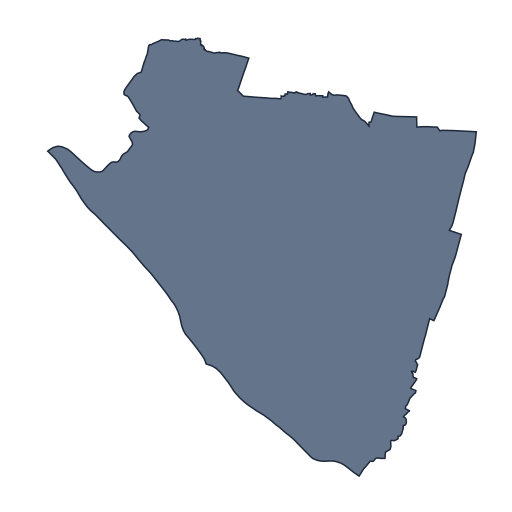 the district of Ke Sach, Sóc Trăng, Vietnam, rotated 183°
{"feature_id": "81297802B85563269288439", "entity_name": "Ke Sach", "entity_type": "district", "adm_level": 2, "iso_a3": "VNM", "parent_name": "Vietnam", "parent_adm1": "Sóc Trăng", "projection": "orthographic", "projection_center": [105.945, 9.824], "detail": "fine", "context": "isolated", "style": "filled", "palette": "slate", "viewbox_px": 512, "rotation_deg": 183, "n_neighbors": 0, "source": "geoboundaries", "source_scale": "gbopen_adm2", "svg_char_len": 5941}
<svg xmlns="http://www.w3.org/2000/svg" viewBox="0 0 512 512"><g transform="rotate(183 256 256)"><path d="M300.2,145.6L293.8,143.8L289.7,141.5L285.3,137.8L282.9,135.1L277.4,128.7L274.7,125.2L271.8,121.0L269.5,118.2L268.2,117.0L265.1,113.8L262.5,111.6L260.1,109.6L256.9,107.3L252.9,104.8L249.7,103.0L248.1,101.8L239.9,97.5L232.2,92.4L226.6,88.0L224.5,86.8L217.7,81.4L213.8,78.7L208.9,75.0L206.2,72.6L205.5,71.8L195.9,63.0L192.8,60.2L191.0,58.5L188.8,56.8L184.4,55.2L180.6,54.6L177.5,54.6L170.9,55.2L167.7,55.3L164.8,54.8L160.8,53.7L157.9,52.4L153.5,49.6L146.6,44.7L141.5,41.6L137.3,49.2L134.8,52.2L131.2,57.1L130.6,57.2L129.5,57.0L129.0,57.0L128.2,57.2L127.8,57.5L127.5,57.9L126.3,59.6L126.0,59.9L125.4,60.4L124.9,60.5L123.9,60.6L119.7,60.4L117.6,60.6L117.0,60.5L116.5,60.9L116.6,65.1L116.4,66.9L112.0,69.8L111.3,72.8L111.9,78.4L110.9,78.9L110.5,79.0L109.7,78.8L108.7,78.8L107.8,79.0L106.0,80.0L104.5,81.0L104.8,83.3L103.0,83.7L102.5,84.0L101.2,86.1L100.5,89.4L100.0,91.2L99.9,92.0L100.2,94.3L100.0,94.5L98.9,94.7L98.5,94.8L98.0,95.2L97.7,95.7L97.2,97.2L97.1,98.3L97.7,101.2L97.8,101.5L98.2,102.0L100.3,103.1L99.2,104.8L98.8,105.1L97.8,105.9L96.2,108.0L94.8,109.0L94.7,109.2L94.7,109.5L98.5,111.2L98.8,111.4L99.0,111.8L98.7,112.7L98.4,114.1L98.1,114.5L97.4,115.1L96.7,116.6L95.6,119.7L94.8,122.1L94.2,122.7L91.7,125.7L91.1,126.5L90.3,127.2L89.7,127.5L89.4,128.8L89.3,130.0L94.0,131.6L94.6,132.2L94.3,132.9L90.2,139.3L89.3,141.0L89.0,141.8L90.8,142.6L91.6,142.8L92.3,142.7L92.9,144.4L93.1,146.4L93.3,146.9L93.7,147.2L93.8,147.2L94.0,147.9L94.3,148.3L94.6,148.7L94.6,149.2L94.4,149.3L94.0,149.2L90.9,148.2L90.6,148.8L90.2,149.8L88.9,156.2L89.5,156.5L89.8,157.1L90.1,158.1L90.5,158.5L91.2,159.0L91.4,159.5L91.2,160.0L91.0,160.9L90.5,161.2L89.8,161.4L89.3,161.6L87.4,163.2L86.9,165.4L84.1,179.2L82.8,185.1L82.6,185.6L80.2,198.2L79.3,202.5L75.0,200.7L74.2,202.6L69.6,214.7L67.7,220.3L67.5,220.6L67.5,221.0L67.4,221.2L67.3,221.6L67.2,221.7L66.4,223.9L65.8,224.7L65.5,225.5L62.9,238.3L62.9,239.6L61.8,246.9L60.0,255.4L60.0,256.2L58.4,260.9L57.3,264.4L56.7,266.7L52.1,288.3L64.3,291.7L61.9,296.5L61.0,299.6L58.7,311.1L56.6,322.7L54.4,333.9L52.6,342.3L51.6,348.2L51.1,350.3L50.6,351.3L48.7,356.8L46.5,364.5L45.1,369.1L44.5,370.3L43.2,379.5L42.6,389.9L42.5,391.6L62.6,391.6L64.3,391.6L71.8,391.4L75.4,391.3L77.8,391.1L78.6,390.6L78.9,390.5L81.7,394.2L86.3,394.1L91.2,394.1L95.8,393.9L102.1,393.2L102.9,403.3L125.4,402.7L127.9,402.9L130.4,403.4L141.0,405.0L145.5,405.8L147.2,399.6L148.1,395.9L150.2,395.4L150.0,394.1L149.9,391.6L153.3,395.1L154.5,396.2L156.1,397.1L157.2,397.5L157.8,397.9L159.7,399.8L160.7,401.1L163.5,404.4L166.9,408.9L167.2,409.4L167.7,410.7L168.7,412.5L170.1,414.7L171.1,416.6L171.8,418.2L173.2,419.7L173.9,420.3L174.9,420.7L182.3,421.1L183.8,421.1L186.0,420.6L186.6,420.7L187.4,420.9L188.2,421.1L189.1,421.6L190.2,422.3L192.0,423.7L192.6,422.0L192.9,418.6L195.7,418.3L197.5,418.1L197.7,419.5L201.5,419.4L204.8,419.1L205.3,421.1L207.5,420.9L208.4,419.9L210.2,419.7L210.4,421.2L211.0,421.0L212.1,421.0L212.8,420.9L213.4,420.5L214.3,419.9L217.2,420.1L218.3,420.5L220.6,420.8L222.5,421.3L224.0,421.5L224.0,422.0L224.7,421.9L225.2,421.6L225.7,421.2L225.9,420.7L229.5,421.3L231.3,421.3L232.8,421.7L232.9,420.8L233.0,419.3L234.0,419.4L235.4,419.3L235.4,417.7L236.1,417.6L236.2,417.0L237.7,416.9L239.3,417.1L239.1,415.4L239.6,414.2L243.9,414.5L249.2,414.2L253.3,414.4L266.4,414.6L268.3,414.7L271.9,414.8L277.1,415.0L280.3,417.9L281.6,419.2L283.2,420.5L282.3,422.4L281.9,423.6L279.4,432.7L277.9,438.1L275.9,444.4L274.9,448.4L273.5,453.2L275.7,453.7L282.0,455.0L285.0,455.4L288.4,456.1L291.9,456.7L295.4,457.3L297.0,457.5L297.2,457.3L298.6,457.3L300.1,457.2L300.9,457.0L301.5,456.9L302.1,457.0L302.3,457.3L302.8,457.5L303.3,457.6L303.9,457.4L304.4,457.2L306.3,457.0L308.1,456.4L310.0,456.8L310.9,457.1L312.4,457.4L313.8,457.8L314.9,457.8L315.3,457.7L315.6,457.7L316.3,458.3L316.8,458.5L317.1,459.0L317.5,459.3L318.1,459.2L318.4,459.3L318.8,460.2L318.5,460.3L318.7,461.0L319.1,462.3L319.5,462.9L320.2,463.1L321.1,463.1L321.2,464.1L322.4,464.1L322.4,467.8L323.0,467.9L323.2,470.2L325.8,470.4L326.4,470.0L327.6,470.0L327.8,469.1L330.3,469.0L333.8,469.0L337.3,467.8L337.6,468.9L337.9,468.7L338.3,468.6L340.2,468.7L341.2,468.6L343.5,466.7L344.8,466.1L347.9,466.4L348.9,466.2L350.8,466.6L351.2,466.6L352.1,466.4L353.0,466.4L353.3,466.5L354.5,467.1L354.9,467.1L359.7,467.0L361.6,467.1L365.0,465.1L368.0,463.7L370.2,462.6L371.5,461.6L373.2,461.5L373.9,460.8L374.2,459.9L374.4,458.7L375.1,452.2L376.1,449.3L377.7,443.5L377.9,443.6L380.2,433.7L380.3,433.6L384.1,432.0L386.9,429.2L395.1,416.5L396.1,414.4L396.5,413.1L396.4,411.1L396.0,410.3L395.5,409.9L392.5,408.8L391.3,407.4L386.7,400.6L382.9,394.4L380.0,391.9L379.7,391.5L379.2,390.8L379.2,390.5L379.2,390.2L380.0,387.9L380.0,387.6L379.6,387.1L377.9,385.3L369.9,378.8L370.3,377.7L370.9,376.3L371.3,376.0L373.3,375.0L374.7,374.6L376.5,374.2L377.7,374.0L378.8,374.0L383.3,374.2L384.8,373.9L386.0,373.2L387.6,371.9L388.3,370.9L388.7,370.2L389.0,369.1L389.0,368.7L385.8,363.6L385.2,361.3L385.1,360.8L386.0,359.3L388.0,356.4L389.6,353.8L391.0,352.6L393.5,351.1L394.3,350.3L395.3,348.9L396.0,347.5L396.8,345.4L397.5,344.4L398.5,343.4L399.1,342.9L400.9,342.4L403.4,342.5L405.0,342.1L406.0,341.4L406.9,340.6L408.8,338.6L413.2,333.3L414.2,332.4L416.5,331.7L419.6,331.6L421.7,331.9L424.9,333.4L426.3,334.4L434.2,340.4L446.1,350.3L449.7,352.8L455.4,354.9L459.4,355.3L460.8,354.9L464.3,353.7L466.8,352.0L469.5,349.8L469.1,349.5L460.9,342.0L454.7,333.5L450.6,327.3L444.9,319.4L442.4,316.7L438.3,311.4L433.1,303.5L427.9,297.1L425.7,294.8L423.5,292.7L418.5,288.8L409.0,280.0L399.5,271.4L392.0,264.6L385.6,259.1L379.4,253.2L372.9,246.1L366.8,239.6L360.2,233.3L345.4,216.4L342.2,212.5L338.8,207.9L335.5,204.0L333.7,201.5L330.9,196.4L328.9,191.3L327.7,186.5L326.3,181.8L324.5,177.7L322.5,174.5L314.5,165.7L308.7,158.9L305.1,154.4L302.0,150.1L300.2,145.6Z" fill="#64748b" stroke="#1e293b" stroke-width="1.5"/></g></svg>